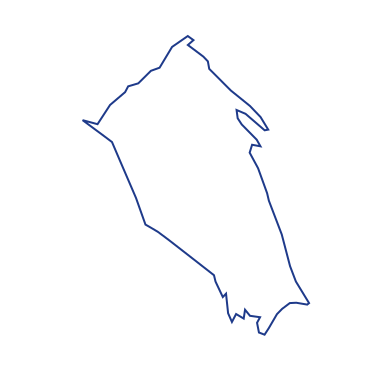 Cumberland, Pennsylvania, United States of America (Robinson projection), rotated 79°
{"feature_id": "52423323B93457289425751", "entity_name": "Cumberland", "entity_type": "district", "adm_level": 2, "iso_a3": "USA", "parent_name": "United States of America", "parent_adm1": "Pennsylvania", "projection": "robinson", "projection_center": [-77.222, 40.136], "detail": "fine", "context": "isolated", "style": "outline", "palette": "blue", "viewbox_px": 384, "rotation_deg": 79, "n_neighbors": 0, "source": "geoboundaries", "source_scale": "gbopen_adm2", "svg_char_len": 929}
<svg xmlns="http://www.w3.org/2000/svg" viewBox="0 0 384 384"><g transform="rotate(79 192 192)"><path d="M323.4,98.3L299.7,107.1L283.5,109.9L250.8,112.0L215.2,118.2L207.5,118.5L181.3,122.6L164.4,127.9L157.1,124.0L160.2,116.1L153.0,118.5L135.2,130.3L128.3,133.1L120.0,132.6L125.5,124.5L145.3,108.9L145.3,105.3L131.5,110.4L118.6,118.7L99.8,134.5L74.4,151.6L66.8,151.5L61.3,155.0L46.9,168.0L43.2,161.6L38.1,166.4L45.8,183.9L63.8,200.1L65.2,209.2L75.1,224.0L76.1,234.5L81.2,238.6L90.9,255.8L107.4,271.8L100.6,285.7L120.6,267.4L127.7,261.0L147.7,256.7L187.2,248.1L215.1,243.9L218.1,240.4L224.6,233.1L234.4,224.2L257.3,204.2L277.9,186.3L284.4,186.0L301.0,181.8L298.3,178.0L317.9,179.7L327.2,177.6L320.2,172.0L326.1,165.4L317.7,162.4L324.6,158.7L327.9,149.1L332.8,153.1L342.7,153.1L345.9,148.0L340.2,142.5L328.1,131.9L323.9,125.8L319.7,117.2L320.6,110.8L324.5,100.4L323.4,98.3Z" fill="none" stroke="#1e3a8a" stroke-width="2"/></g></svg>